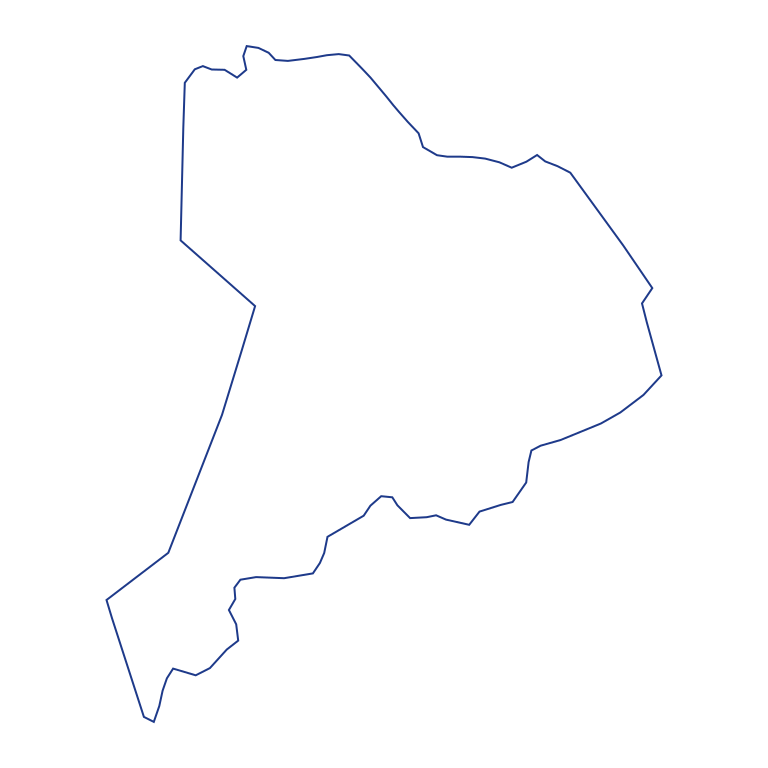 Água Branca, Paraíba, Brazil
{"feature_id": "56859067B36590895237409", "entity_name": "Água Branca", "entity_type": "district", "adm_level": 2, "iso_a3": "BRA", "parent_name": "Brazil", "parent_adm1": "Paraíba", "projection": "orthographic", "projection_center": [-37.665, -7.486], "detail": "fine", "context": "isolated", "style": "outline", "palette": "blue", "viewbox_px": 768, "rotation_deg": 0, "n_neighbors": 0, "source": "geoboundaries", "source_scale": "gbopen_adm2", "svg_char_len": 1245}
<svg xmlns="http://www.w3.org/2000/svg" viewBox="0 0 768 768"><path d="M643.5,394.9L661.5,375.4L646.8,322.3L642.0,303.4L652.3,288.1L623.1,245.3L570.3,172.7L557.6,166.2L545.2,161.4L537.1,155.0L526.4,161.7L511.7,167.7L499.4,162.3L485.2,158.6L472.5,157.1L461.1,156.7L447.5,156.7L437.0,155.2L423.0,147.1L418.6,133.3L407.7,121.8L398.9,111.8L393.2,105.1L386.4,96.6L377.2,85.6L370.5,77.6L361.9,68.5L349.2,55.5L338.7,54.1L326.9,55.2L317.0,57.0L304.3,58.9L287.9,60.9L275.4,60.0L268.7,52.8L258.4,47.9L246.7,46.1L243.3,56.1L246.3,69.8L237.1,77.6L224.6,69.8L211.7,69.5L202.8,66.1L194.8,69.3L184.8,82.8L183.3,127.9L180.6,240.4L255.1,306.1L241.9,349.9L222.0,414.9L168.3,552.8L106.5,600.0L112.0,618.2L143.9,716.9L153.8,721.9L159.3,706.0L162.6,690.7L166.9,678.3L173.1,668.6L195.7,675.3L209.9,668.1L226.8,649.5L238.2,640.6L236.2,624.3L228.9,610.0L235.3,599.0L234.4,587.7L240.4,579.7L256.1,577.1L284.1,578.2L312.9,573.4L319.9,563.0L324.2,553.0L327.5,536.8L363.7,515.7L370.4,505.7L381.2,496.2L392.3,497.3L397.4,505.3L410.1,518.1L426.7,517.2L436.1,515.3L446.0,519.6L469.2,524.8L479.5,511.6L500.8,504.9L512.6,502.0L526.2,482.5L528.6,462.1L531.4,450.5L540.6,445.7L560.6,440.0L600.9,423.5L620.3,412.5L643.5,394.9Z" fill="none" stroke="#1e3a8a" stroke-width="2"/></svg>